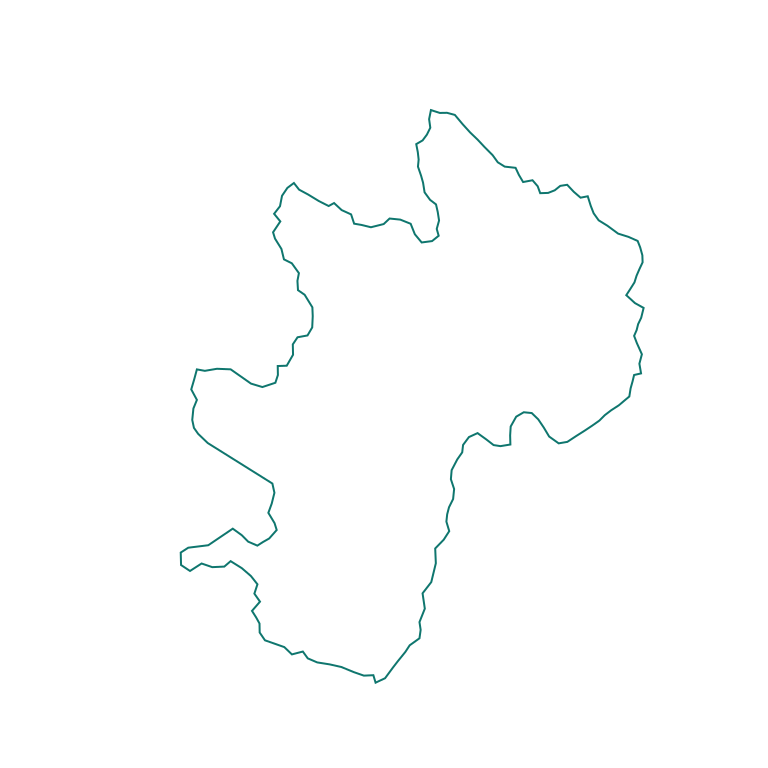 Sapucaí-Mirim, Minas Gerais, Brazil (Natural Earth projection), rotated 129°
{"feature_id": "56859067B63918846454231", "entity_name": "Sapucaí-Mirim", "entity_type": "district", "adm_level": 2, "iso_a3": "BRA", "parent_name": "Brazil", "parent_adm1": "Minas Gerais", "projection": "natural_earth1", "projection_center": [-45.854, -22.796], "detail": "fine", "context": "isolated", "style": "outline", "palette": "teal", "viewbox_px": 768, "rotation_deg": 129, "n_neighbors": 0, "source": "geoboundaries", "source_scale": "gbopen_adm2", "svg_char_len": 2794}
<svg xmlns="http://www.w3.org/2000/svg" viewBox="0 0 768 768"><g transform="rotate(129 384 384)"><path d="M141.6,519.9L149.8,515.6L155.7,509.3L163.2,507.6L170.4,507.3L177.3,509.9L182.5,503.7L187.8,498.3L193.7,494.4L198.9,486.1L203.0,480.3L209.5,473.1L211.9,464.1L211.7,456.6L216.5,450.5L222.3,444.1L230.3,440.6L234.4,434.8L242.7,436.6L250.3,443.8L248.2,454.3L242.7,464.1L246.0,474.8L251.9,483.8L259.9,484.9L270.4,492.8L274.6,501.7L278.2,508.1L272.9,516.3L275.5,526.4L274.8,536.7L280.5,539.0L282.8,549.6L284.5,562.2L286.4,572.3L284.5,580.5L292.4,582.5L301.9,581.7L311.3,576.7L320.9,576.5L322.9,566.9L335.9,565.7L339.6,560.2L343.6,548.7L350.1,540.2L348.2,531.6L351.4,519.9L358.3,516.2L365.2,509.9L364.6,501.8L369.5,487.9L376.1,482.1L385.2,475.4L394.4,474.0L402.1,480.6L410.6,479.8L418.5,473.1L431.0,471.1L436.9,477.9L443.8,472.1L451.4,469.2L462.9,476.6L467.4,487.6L469.1,512.4L477.3,523.4L486.5,531.5L490.4,538.6L499.9,534.4L509.5,530.4L514.1,519.4L523.0,516.7L532.6,510.4L537.7,504.1L539.7,497.1L540.8,483.8L531.6,408.1L537.5,400.7L547.6,396.0L556.9,392.8L561.0,381.5L565.0,375.5L576.3,376.0L583.2,378.7L589.3,380.7L592.0,390.3L591.0,399.3L591.6,410.5L619.9,419.1L634.4,433.1L642.9,435.9L652.4,427.8L651.4,417.1L638.3,412.8L634.4,402.2L626.4,393.2L618.2,391.7L616.6,378.6L617.0,366.5L619.3,356.3L628.5,352.8L631.2,343.4L643.4,343.8L645.9,336.4L648.5,330.0L655.4,324.2L658.1,315.2L651.2,295.9L652.1,285.4L643.0,278.7L645.2,270.6L642.4,260.7L636.1,249.8L630.8,239.1L626.9,226.1L623.3,216.1L617.0,209.0L621.4,202.6L612.0,198.0L599.0,198.6L590.8,198.8L578.8,198.8L570.9,199.6L559.3,196.4L552.0,200.8L546.7,206.6L532.9,210.9L522.4,222.3L508.2,222.6L490.7,230.9L479.6,240.7L467.4,239.6L457.3,240.7L451.7,248.9L445.5,252.9L438.9,255.9L429.9,257.9L421.5,263.4L415.9,272.1L408.4,277.2L396.5,279.6L387.9,280.2L381.6,284.2L371.8,284.6L363.3,280.4L362.7,269.7L362.5,260.4L359.0,254.4L351.5,247.7L344.6,253.6L337.3,258.8L326.2,260.7L318.0,257.6L313.6,250.9L314.4,241.9L317.3,232.4L320.9,222.6L320.2,210.9L313.6,205.1L303.5,201.9L293.7,198.6L285.7,196.1L276.9,193.6L269.3,192.8L261.4,190.9L252.8,188.1L246.5,186.9L239.3,185.5L232.2,189.6L225.5,192.5L219.6,195.3L214.0,190.9L207.5,198.3L198.6,202.3L193.1,213.2L189.2,219.9L183.1,221.6L177.5,224.2L170.7,225.8L161.5,230.1L163.2,239.9L162.5,251.6L155.0,252.4L147.4,253.3L140.8,255.9L133.6,257.9L126.7,259.6L121.4,264.2L116.6,270.9L113.2,276.9L115.8,286.6L119.8,296.7L120.4,310.0L121.7,320.2L119.4,328.5L115.4,335.5L109.9,343.8L115.5,348.5L115.2,357.5L113.9,367.0L119.1,371.7L126.0,373.2L132.2,376.7L137.4,382.7L133.6,389.0L132.2,396.8L139.5,403.0L136.6,410.8L133.2,417.8L139.1,427.0L140.1,435.1L137.8,443.6L136.6,454.8L135.2,464.9L134.3,475.4L132.6,486.4L130.3,498.3L133.6,505.7L138.2,511.2L141.6,519.9Z" fill="none" stroke="#0f766e" stroke-width="2"/></g></svg>